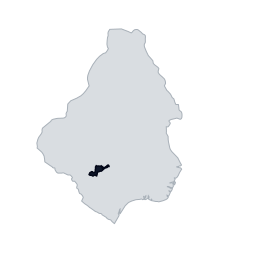 Mokwa, Niger, Nigeria shown in context, rotated 303°
{"feature_id": "59680162B23155718085687", "entity_name": "Mokwa", "entity_type": "district", "adm_level": 2, "iso_a3": "NGA", "parent_name": "Nigeria", "parent_adm1": "Niger", "projection": "mercator", "projection_center": [5.257, 9.194], "detail": "fine", "context": "in_parent", "style": "filled", "palette": "ink", "viewbox_px": 256, "rotation_deg": 303, "n_neighbors": 0, "source": "geoboundaries", "source_scale": "gbopen_adm2", "svg_char_len": 5408}
<svg xmlns="http://www.w3.org/2000/svg" viewBox="0 0 256 256"><g transform="rotate(303 128 128)"><path d="M200.8,59.0L207.5,68.5L209.0,75.5L209.5,78.9L210.6,79.3L212.7,79.5L214.2,80.2L215.2,81.4L215.7,82.4L215.8,83.1L215.4,87.3L214.9,88.8L215.2,90.9L215.1,91.7L214.8,92.3L213.9,93.0L212.6,93.7L209.6,95.7L208.7,96.0L207.4,96.0L206.3,96.5L205.0,97.6L202.2,101.6L199.8,105.6L198.0,112.1L195.9,114.1L195.5,115.9L195.2,120.0L194.8,121.2L194.5,121.6L192.2,122.3L190.9,123.2L190.1,125.1L189.1,131.3L188.7,132.3L187.9,133.4L186.8,134.5L185.8,135.2L183.1,135.6L180.6,140.3L180.6,141.1L179.5,145.3L177.6,148.5L177.4,150.6L175.0,153.4L173.8,155.3L175.0,157.3L175.1,157.6L171.0,161.0L170.8,161.5L170.6,163.8L170.3,164.4L169.5,165.3L168.4,166.2L167.2,166.9L166.0,167.5L164.7,167.6L164.0,167.3L163.6,166.6L163.0,163.8L162.6,163.2L161.8,162.6L158.6,159.5L156.7,158.4L156.3,158.5L155.9,158.8L155.4,160.3L154.9,160.9L153.8,161.1L152.1,161.1L150.8,160.9L150.5,160.6L149.9,159.4L145.9,162.2L144.5,162.9L142.8,166.2L140.3,167.9L138.5,169.4L133.9,174.0L133.0,175.3L132.1,177.4L130.1,186.0L126.9,191.4L126.5,192.5L126.3,192.5L125.9,193.0L124.7,192.6L124.1,191.6L123.4,191.5L122.1,190.0L121.8,190.3L123.2,194.0L122.7,195.4L118.8,195.5L115.4,196.0L113.1,195.9L112.0,195.4L111.4,194.0L111.2,194.1L111.1,194.9L110.4,195.5L107.8,195.6L106.7,194.6L105.7,193.6L104.8,193.1L104.9,193.5L106.0,194.6L105.9,196.1L103.8,197.8L102.5,197.9L101.7,197.1L101.3,195.9L101.1,194.1L100.5,193.0L100.2,193.0L100.6,194.9L100.6,196.7L101.6,198.1L100.1,198.6L98.2,198.6L98.0,198.1L97.8,196.9L97.5,196.6L97.1,198.6L93.3,199.2L92.8,199.1L92.7,198.7L93.0,198.2L92.9,197.3L92.1,198.0L91.9,199.3L91.5,199.6L90.0,199.4L88.5,198.7L86.0,196.9L82.9,194.1L82.4,192.8L81.5,191.3L79.8,187.0L80.1,186.8L80.9,187.0L81.2,186.6L79.9,186.3L79.7,186.0L79.6,185.1L79.6,183.9L81.6,183.3L82.0,182.6L82.3,181.9L79.9,183.0L77.6,181.8L77.1,181.0L77.4,180.5L80.0,180.4L80.9,179.9L80.4,179.7L79.4,179.7L79.0,179.3L79.0,178.4L78.7,178.6L78.3,179.4L76.7,180.0L75.9,179.4L75.8,178.1L75.6,177.6L74.8,177.1L72.2,173.7L68.8,170.9L65.8,169.0L61.3,168.0L51.9,168.1L51.4,167.8L52.0,167.4L52.8,167.1L55.8,165.5L55.3,165.3L52.2,166.3L51.1,166.3L49.7,168.2L40.5,168.7L40.5,167.8L40.9,165.3L41.5,163.6L40.8,161.5L40.7,159.6L41.1,159.0L41.2,158.3L41.1,153.5L41.6,152.7L41.6,152.2L40.7,150.2L40.7,148.6L40.5,147.0L40.2,146.3L40.5,140.4L40.4,138.9L40.7,137.9L40.9,135.3L40.9,132.8L41.5,128.9L45.4,128.3L46.4,126.8L47.0,124.8L46.8,122.9L48.1,121.2L49.6,119.7L49.6,118.0L50.0,117.5L50.7,117.1L51.8,116.9L53.0,116.1L53.6,114.6L54.3,112.3L53.3,110.7L53.3,110.3L53.7,109.4L54.3,108.6L54.8,108.3L55.9,108.5L56.3,108.2L57.1,105.6L57.0,104.9L55.9,103.2L55.3,98.5L55.0,97.9L54.2,97.1L52.0,93.8L52.0,92.2L52.9,90.2L53.5,89.3L54.4,88.7L54.6,88.3L54.3,87.7L53.9,87.3L53.8,86.4L54.2,85.2L54.1,83.8L54.3,76.7L56.1,75.3L58.7,73.0L60.1,70.6L60.8,68.8L61.7,62.7L63.1,62.1L65.7,59.8L69.3,58.6L71.6,58.2L75.7,58.4L77.8,58.2L79.5,57.0L80.3,56.6L81.4,56.4L91.6,59.6L92.6,59.5L93.3,59.7L94.6,60.5L97.6,63.5L100.8,68.0L101.7,69.0L102.7,69.5L103.7,69.7L104.5,69.6L105.2,69.2L106.2,68.3L107.7,67.9L108.9,68.0L115.2,64.5L115.8,64.5L119.7,65.2L125.0,68.7L129.4,71.0L132.4,71.8L136.0,72.3L142.1,72.5L146.7,67.6L148.4,66.5L150.5,65.6L154.8,64.6L161.9,64.0L168.5,64.3L172.7,65.1L177.0,66.7L178.9,68.3L181.9,68.5L184.0,68.2L184.7,66.7L186.8,64.7L190.0,62.9L192.6,61.6L194.7,61.0L196.7,59.5L198.2,59.0L200.8,59.0ZM108.1,197.5L106.6,197.9L105.7,197.8L107.0,195.9L107.6,196.3L108.5,196.5L108.1,197.5Z" fill="#d9dde1" stroke="#a8b0b8" stroke-width="1"/><path d="M70.7,127.4L70.8,127.3L71.0,127.6L71.3,127.6L71.5,127.6L72.0,127.5L72.1,127.4L72.3,127.3L72.4,127.2L72.5,127.1L72.9,127.0L73.1,127.0L73.3,126.9L73.6,126.7L73.8,126.6L74.0,126.5L74.4,126.5L74.7,126.7L74.9,126.8L75.2,127.2L75.5,127.4L75.8,127.6L76.1,127.8L76.6,128.0L76.7,128.3L77.1,128.8L77.3,129.1L77.5,129.2L77.7,129.3L78.0,129.3L78.4,129.4L78.6,129.6L79.0,129.7L79.3,129.6L79.7,129.7L80.0,129.9L80.5,129.9L80.6,130.0L80.8,130.0L81.0,130.2L81.1,130.3L81.3,130.4L81.5,130.4L81.9,130.5L82.1,130.6L82.2,130.8L82.3,130.9L82.5,131.1L82.9,131.3L83.1,131.4L83.1,131.6L83.3,131.8L83.7,132.0L83.9,132.1L84.0,132.1L84.4,132.2L84.7,132.1L84.9,132.3L85.1,132.6L85.4,133.0L85.7,132.7L85.8,132.6L86.0,132.4L86.1,132.0L86.1,131.8L85.6,131.6L85.8,131.3L85.4,131.1L85.2,131.0L84.8,130.9L84.7,130.9L84.4,130.8L84.1,130.8L83.8,130.7L83.6,130.6L83.4,130.4L83.2,130.3L82.8,130.3L82.6,130.1L82.4,130.0L82.2,130.0L82.1,129.9L81.8,129.6L81.6,129.5L81.6,129.4L81.4,129.2L81.3,129.3L81.1,129.4L80.9,129.2L80.7,128.9L80.5,128.7L80.4,128.7L80.2,128.7L80.3,128.4L80.4,128.2L80.6,128.1L80.9,128.0L81.0,128.0L81.4,128.0L81.5,128.1L81.7,127.9L81.8,127.8L81.7,127.7L81.6,127.2L81.1,127.1L81.1,126.9L81.5,126.5L81.7,126.1L80.9,125.7L80.7,125.7L80.3,124.3L80.1,124.2L79.7,123.5L79.5,123.4L79.4,123.1L79.1,122.4L79.1,121.9L77.5,122.0L77.3,122.2L76.9,122.6L76.6,122.8L76.4,122.9L76.2,122.9L76.1,123.0L75.7,123.1L75.4,123.2L75.2,123.3L74.9,123.5L74.7,123.7L74.5,123.8L74.4,123.9L74.1,124.0L73.7,124.2L73.4,124.3L73.0,124.3L72.9,124.3L72.6,124.1L72.4,124.1L72.2,124.1L71.9,123.9L71.7,123.5L71.6,123.2L71.7,122.8L72.0,122.2L71.6,121.3L70.7,120.9L69.8,120.4L67.8,120.7L67.6,121.3L67.9,122.2L68.5,123.2L68.5,123.4L68.5,123.7L68.5,124.1L68.6,124.7L68.9,125.0L69.6,125.2L70.0,125.5L70.3,125.6L70.6,125.9L70.6,126.3L70.6,126.6L70.6,126.9L70.7,127.4Z" fill="#0f172a" stroke="#020617" stroke-width="1.5"/></g></svg>